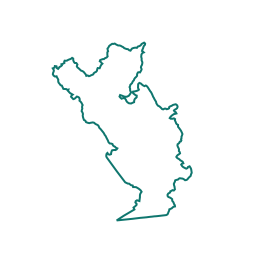 outline of Barra de São Francisco, Espírito Santo, Brazil, rotated 324°
{"feature_id": "56859067B7430516791214", "entity_name": "Barra de São Francisco", "entity_type": "district", "adm_level": 2, "iso_a3": "BRA", "parent_name": "Brazil", "parent_adm1": "Espírito Santo", "projection": "robinson", "projection_center": [-40.814, -18.663], "detail": "fine", "context": "isolated", "style": "outline", "palette": "teal", "viewbox_px": 256, "rotation_deg": 324, "n_neighbors": 0, "source": "geoboundaries", "source_scale": "gbopen_adm2", "svg_char_len": 5648}
<svg xmlns="http://www.w3.org/2000/svg" viewBox="0 0 256 256"><g transform="rotate(324 128 128)"><path d="M64.5,196.1L67.2,197.7L68.6,198.5L76.7,203.2L77.7,203.8L85.1,207.9L88.1,209.7L90.3,211.0L93.4,212.7L95.8,214.1L97.3,214.9L98.7,215.8L100.6,216.9L107.7,220.9L109.2,221.1L110.3,220.5L111.8,219.5L112.8,219.0L113.6,218.1L114.8,218.4L116.1,218.7L117.5,218.5L118.6,218.5L119.9,219.1L120.5,218.0L120.6,216.4L121.1,214.9L121.0,212.9L121.9,211.5L121.6,210.3L121.0,208.9L120.1,207.5L120.1,206.2L120.8,205.2L122.0,204.7L123.0,204.8L124.2,204.9L125.0,204.1L126.3,204.4L127.4,204.4L128.3,205.5L129.9,205.2L130.6,203.8L131.2,202.7L131.6,201.4L132.2,200.2L133.5,199.4L134.4,199.0L135.4,198.1L136.5,198.4L138.1,199.1L139.3,198.9L140.4,199.1L141.2,199.9L142.5,201.1L143.2,202.6L143.5,203.8L144.5,204.3L145.5,204.5L146.5,204.3L147.4,204.0L148.6,203.8L150.5,203.6L151.8,202.5L153.2,201.7L154.0,200.2L154.9,198.4L155.2,197.0L155.3,195.2L153.7,194.8L152.5,195.4L151.2,195.1L150.4,193.6L149.7,192.1L149.4,190.8L149.5,188.9L150.5,188.6L152.0,189.1L152.4,187.5L152.0,186.3L151.3,184.8L151.2,183.7L150.8,182.6L150.2,181.4L150.1,179.8L151.3,179.3L152.3,179.1L153.8,179.2L155.2,179.1L155.7,177.8L155.6,176.6L156.8,175.1L157.1,173.8L157.3,172.4L157.7,171.2L158.6,170.3L159.6,170.3L160.7,170.2L161.8,169.5L162.9,169.9L164.0,169.3L164.3,168.2L165.3,167.7L166.0,166.6L167.1,165.9L168.5,164.9L168.9,163.3L169.2,161.7L169.3,160.1L169.3,158.3L169.2,156.4L170.3,154.9L169.7,153.6L169.7,152.5L170.2,150.8L170.4,149.4L171.3,148.5L170.8,147.2L169.8,146.9L168.8,146.2L168.0,145.6L167.6,144.5L168.9,144.0L170.5,143.7L173.2,143.7L174.3,144.2L175.7,144.7L175.9,143.1L175.3,142.1L175.5,140.8L176.6,140.7L178.1,140.9L179.4,140.8L180.6,140.0L181.1,138.6L180.6,136.9L179.3,136.3L178.0,135.8L176.3,135.7L174.9,135.3L173.6,135.3L172.8,136.2L171.8,136.1L170.4,135.6L169.9,134.5L168.9,133.8L167.4,133.6L166.7,132.7L166.6,131.5L166.4,130.2L166.1,128.9L165.4,127.7L165.3,126.1L165.5,124.5L166.1,123.3L166.2,122.0L166.3,120.5L166.6,118.9L166.7,117.5L167.1,115.9L167.5,114.0L167.7,112.4L167.6,111.3L167.7,109.9L167.8,108.6L167.9,107.1L167.9,105.6L167.4,104.1L165.9,103.8L165.1,102.1L164.8,100.9L164.6,99.7L163.7,98.2L162.0,98.5L160.8,100.0L159.7,101.4L159.3,103.4L157.9,103.4L156.1,102.8L154.4,102.1L153.6,101.5L152.6,101.8L152.7,103.4L153.1,104.7L153.4,105.9L154.1,106.9L153.1,108.2L151.9,108.4L150.9,108.4L150.0,108.8L149.0,109.6L148.1,110.7L146.6,110.3L144.9,110.0L144.0,109.2L143.2,108.4L142.6,106.6L142.6,105.0L142.9,103.9L142.9,102.1L141.7,101.0L140.0,100.5L139.7,98.9L139.6,97.6L141.0,96.7L142.2,98.4L143.2,100.0L144.0,101.0L145.4,102.0L147.5,102.4L149.0,102.0L150.2,101.5L151.5,100.9L151.7,99.1L152.4,98.0L153.0,97.1L153.3,95.8L154.3,95.3L155.3,94.4L157.6,94.1L159.3,93.1L160.7,92.9L161.8,92.1L163.2,91.6L164.5,91.5L166.0,91.1L167.0,89.8L168.6,88.9L169.7,89.3L170.4,90.1L171.8,89.5L172.8,89.0L173.6,88.4L174.0,86.7L174.9,85.8L176.1,85.3L177.3,84.4L178.3,83.2L178.8,81.2L179.9,79.8L180.5,78.2L181.3,77.3L182.0,76.5L183.1,76.0L184.1,75.8L185.2,76.1L185.0,74.9L184.6,73.9L185.5,73.2L187.0,72.4L188.7,71.1L190.7,70.6L191.5,69.7L191.2,68.4L189.8,68.2L188.4,68.0L187.1,68.5L185.7,68.5L183.7,67.9L182.3,68.4L181.3,67.4L180.2,66.8L179.2,66.4L178.0,66.1L176.8,66.4L175.5,66.9L174.7,65.9L174.3,64.2L173.2,63.2L172.5,62.1L171.9,61.2L171.7,59.9L171.0,58.6L170.4,57.2L169.7,56.3L168.5,55.4L167.5,53.5L166.9,51.9L165.6,51.4L164.7,50.6L162.6,50.5L160.9,50.6L159.4,51.4L158.1,51.7L157.4,53.0L157.0,54.2L155.8,54.6L155.0,55.7L154.2,56.8L153.6,58.1L152.1,58.4L150.4,58.0L149.0,58.1L148.2,57.5L147.0,57.1L145.4,56.7L144.4,57.4L144.8,58.5L144.8,59.7L145.1,60.9L143.4,61.2L142.1,61.8L141.2,62.4L140.2,63.0L138.7,61.7L137.7,62.3L136.6,63.4L135.2,63.8L133.6,63.5L132.4,63.6L131.4,64.2L130.0,63.9L128.9,63.6L127.9,63.5L126.8,63.1L126.3,61.8L124.9,61.3L125.3,60.0L125.2,58.4L125.1,56.5L124.6,55.2L123.7,53.9L123.4,52.1L123.1,50.6L122.7,49.2L122.9,47.9L124.4,46.9L124.4,45.1L123.1,44.0L123.1,42.6L123.5,41.1L124.5,39.6L124.0,38.4L122.5,38.5L120.8,38.0L119.5,37.7L118.2,37.6L117.2,37.0L116.3,36.3L115.3,36.9L114.8,38.0L113.1,37.8L111.6,37.3L111.3,38.5L109.8,38.6L108.4,38.4L107.3,38.8L106.2,39.1L105.7,37.9L106.4,36.0L105.2,34.9L104.1,36.0L102.2,35.5L102.1,37.0L101.7,38.1L100.8,38.8L99.9,39.3L98.8,40.3L98.6,41.9L99.2,43.5L100.6,44.2L100.3,45.3L100.2,46.6L100.0,47.9L99.1,49.0L98.5,50.4L98.6,52.0L98.6,53.8L99.4,54.8L99.1,56.3L98.7,58.4L99.9,59.4L100.9,60.2L101.2,61.3L102.4,61.9L101.3,62.7L101.6,65.5L102.2,66.9L102.9,68.5L101.6,68.5L100.3,69.2L100.5,70.7L100.7,72.5L101.9,72.9L103.2,72.8L105.1,72.5L105.8,73.4L106.3,74.7L105.9,76.3L104.8,77.4L105.1,78.7L105.2,80.1L105.0,81.2L104.8,82.8L103.8,83.3L103.0,84.3L102.4,85.5L101.4,86.2L100.4,87.1L100.3,88.7L99.8,90.2L98.7,91.3L98.0,92.7L97.5,94.2L97.1,95.6L97.8,97.0L97.5,98.6L98.4,100.0L99.5,101.3L100.8,101.8L102.8,102.8L103.7,103.9L104.0,105.5L104.6,106.7L105.2,107.7L105.4,109.0L105.1,110.1L104.9,111.2L105.2,112.8L105.3,114.8L105.4,116.7L105.4,118.4L105.1,119.6L105.2,121.3L104.9,122.9L104.6,124.8L104.4,126.3L103.9,128.0L104.1,129.7L105.2,130.7L106.0,131.8L105.6,133.3L106.0,134.7L106.5,135.6L106.6,136.8L107.4,138.2L106.3,138.6L104.9,138.5L104.1,137.8L103.2,137.3L102.1,136.7L101.1,137.2L100.1,137.9L98.9,139.2L97.5,138.8L96.6,137.7L96.7,136.1L95.7,136.2L94.8,136.9L93.9,137.9L93.5,139.1L93.5,156.3L93.8,170.3L95.2,172.9L96.2,173.7L96.8,176.0L98.0,177.3L97.4,178.8L99.7,180.5L100.5,182.2L101.2,184.1L101.6,185.9L101.5,187.6L99.5,188.3L98.3,189.2L96.8,191.2L96.0,192.0L94.3,193.8L92.8,191.8L91.3,191.7L90.2,192.6L90.4,194.3L89.8,195.2L88.2,195.5L85.7,195.6L85.3,197.7L72.9,196.5L66.6,196.2L64.5,196.1Z" fill="none" stroke="#0f766e" stroke-width="2"/></g></svg>